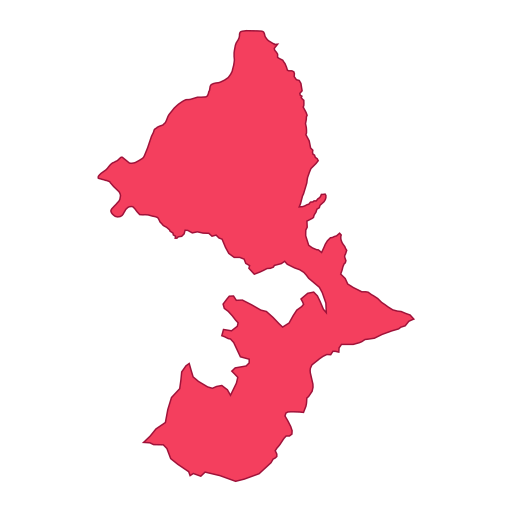 Kanana, Berea, Lesotho
{"feature_id": "5366337B51375862346998", "entity_name": "Kanana", "entity_type": "district", "adm_level": 2, "iso_a3": "LSO", "parent_name": "Lesotho", "parent_adm1": "Berea", "projection": "albers", "projection_center": [27.578, -29.257], "detail": "fine", "context": "isolated", "style": "filled", "palette": "rose", "viewbox_px": 512, "rotation_deg": 0, "n_neighbors": 0, "source": "geoboundaries", "source_scale": "gbopen_adm2", "svg_char_len": 6041}
<svg xmlns="http://www.w3.org/2000/svg" viewBox="0 0 512 512"><path d="M338.8,352.1L339.1,347.8L341.5,344.4L353.2,344.4L359.3,342.7L361.7,341.7L365.0,339.5L368.3,339.1L374.4,338.2L382.1,334.4L391.7,330.9L398.6,328.9L400.8,327.2L405.2,325.8L408.8,321.3L411.8,319.9L413.8,319.1L410.1,315.0L405.6,313.4L401.1,311.5L397.4,311.1L392.8,309.9L388.0,306.9L384.9,304.6L381.6,302.4L377.7,298.5L373.4,295.7L371.4,294.6L368.1,292.2L365.7,291.8L361.8,291.8L353.2,287.5L347.7,284.0L345.2,278.5L340.7,274.1L342.1,270.0L342.9,266.7L344.1,263.9L345.3,262.8L345.9,260.7L344.6,256.9L344.8,255.3L345.5,254.0L346.7,250.3L345.5,248.4L344.8,246.6L342.9,244.0L342.0,242.5L341.1,240.1L340.8,238.5L340.8,236.5L341.2,235.0L339.6,233.2L336.5,235.9L334.4,236.5L332.4,237.5L330.4,237.8L327.4,240.8L325.3,244.2L324.0,247.3L321.6,252.5L318.4,249.9L316.6,249.7L312.4,247.9L308.7,245.3L305.7,235.8L305.7,233.2L305.8,230.0L307.2,227.2L306.9,221.1L312.2,218.4L313.5,217.4L313.9,215.6L314.8,213.9L315.9,212.3L316.9,209.2L319.3,207.7L320.0,205.3L324.0,201.7L325.3,199.6L325.9,197.6L325.9,195.5L325.1,194.1L322.9,194.4L321.4,194.4L320.6,196.3L319.7,197.6L317.9,198.8L316.2,200.9L314.0,200.9L312.9,201.9L310.5,202.1L308.7,204.3L307.2,204.6L304.8,205.9L302.8,206.6L299.2,206.9L300.5,203.7L302.5,196.0L303.5,193.9L305.5,187.3L306.8,182.9L307.2,179.5L307.6,177.4L309.5,172.0L310.9,168.6L316.0,163.5L318.2,160.7L317.2,158.7L315.3,157.4L314.5,155.1L313.0,154.2L312.5,152.3L312.8,150.2L310.6,148.0L309.2,140.9L305.9,134.7L306.5,132.9L306.5,130.1L306.3,127.5L305.5,123.6L306.3,119.4L306.4,116.9L307.1,115.3L306.1,112.5L303.2,107.1L303.8,105.5L303.9,103.8L303.8,100.3L302.4,99.1L301.2,97.6L301.9,96.2L300.2,95.2L299.8,93.4L302.1,90.8L300.9,83.4L299.2,80.5L296.4,79.7L294.2,76.6L294.4,73.6L293.8,71.8L291.8,70.8L288.8,70.8L287.4,70.2L286.5,67.2L285.0,63.6L283.8,62.0L282.7,60.2L279.1,58.4L277.6,57.4L277.6,54.2L276.5,52.4L274.6,50.1L274.3,48.3L277.6,44.2L274.3,44.5L274.1,43.8L273.0,43.5L268.6,40.8L267.3,39.7L265.3,36.9L265.0,36.2L264.3,33.4L263.6,32.1L263.1,31.7L262.2,31.3L261.1,31.1L257.2,30.9L246.3,30.7L242.4,31.2L241.3,31.5L240.6,31.8L240.2,32.3L239.7,33.2L239.5,34.5L239.5,35.6L239.2,37.5L238.2,39.8L237.6,40.7L236.2,43.0L235.4,45.2L234.4,50.5L234.1,52.8L234.1,56.4L234.4,59.9L234.2,61.9L233.7,65.2L232.6,69.4L232.2,71.3L230.7,74.2L229.5,75.9L228.2,77.6L224.6,80.1L220.2,82.2L218.5,82.7L215.9,83.0L213.7,83.5L212.7,83.9L211.5,84.5L210.9,85.0L210.2,86.3L209.5,90.5L208.8,91.7L208.3,93.8L207.5,95.7L207.0,96.2L205.9,96.9L201.5,97.2L197.5,97.2L190.3,99.4L188.5,99.6L187.2,99.6L186.0,99.7L184.4,100.4L182.4,101.5L178.6,104.1L177.0,105.5L174.2,108.1L169.0,114.6L168.0,116.4L166.3,120.7L165.3,122.7L164.1,123.7L163.4,124.6L162.9,124.9L162.4,125.2L159.5,126.2L157.2,127.3L156.7,127.9L154.9,129.0L154.2,129.9L153.4,132.5L151.5,136.3L147.6,147.9L144.5,155.5L143.8,156.9L143.3,157.6L142.3,158.5L138.9,160.6L135.4,162.5L134.1,162.9L131.7,163.3L129.7,163.2L129.1,162.8L122.5,157.4L122.1,157.2L121.4,157.2L120.7,157.5L117.5,160.5L116.5,161.1L115.4,161.5L114.4,162.2L112.6,162.9L111.6,163.6L110.3,164.8L108.7,166.7L107.4,168.4L105.8,170.0L104.2,171.1L101.0,173.4L99.5,174.9L98.9,175.6L98.4,176.3L98.2,177.0L98.2,177.6L98.3,178.2L99.0,178.5L101.1,179.0L102.2,179.4L103.4,179.6L105.7,180.4L106.6,180.5L109.7,181.7L110.4,182.8L113.6,186.5L119.1,191.8L120.0,193.5L120.3,194.5L120.5,195.6L120.3,196.9L119.9,199.2L119.2,200.7L118.3,201.8L117.0,203.2L116.1,204.3L114.4,206.0L111.8,208.8L111.2,209.8L111.0,210.3L110.9,210.9L111.0,211.6L111.5,212.8L112.3,213.9L113.2,214.8L114.7,216.0L115.4,216.4L117.5,216.9L120.0,216.6L120.7,216.3L122.1,215.4L123.2,214.0L124.1,212.3L125.1,210.7L125.7,209.5L127.8,207.5L128.7,207.0L129.5,206.7L131.5,206.5L132.3,206.6L133.3,207.1L134.1,208.0L135.3,209.3L136.2,210.6L137.3,212.0L139.7,214.6L142.7,214.8L145.3,214.7L148.1,214.9L152.4,216.1L155.4,216.7L157.3,217.4L158.0,218.0L158.4,218.6L159.4,220.5L159.8,221.5L160.3,222.3L161.5,223.4L163.0,225.2L163.8,225.8L166.6,227.3L169.5,229.8L170.1,231.2L173.0,233.1L173.3,234.9L175.6,236.3L175.2,238.2L176.9,238.2L178.3,236.8L181.7,236.3L184.1,233.9L185.1,230.2L187.8,230.4L192.3,232.9L197.4,231.8L203.0,233.1L208.8,233.3L212.0,236.2L216.1,235.1L219.0,238.0L222.1,239.2L225.5,247.4L228.8,253.4L234.2,257.4L239.8,257.4L244.1,259.1L245.8,263.4L249.6,265.6L248.9,268.3L254.3,274.2L260.0,272.0L263.4,270.4L267.1,268.5L270.4,268.3L273.4,267.1L274.4,265.4L281.3,263.6L284.7,261.3L287.2,264.2L294.6,267.9L299.7,269.7L303.9,272.4L306.3,275.1L308.7,278.3L319.4,287.3L322.3,292.7L325.9,303.1L326.3,312.7L323.4,309.3L320.1,301.5L317.4,295.9L313.7,292.1L307.7,293.3L301.0,299.0L302.6,301.9L303.6,304.3L301.7,306.6L296.8,310.1L293.2,315.6L289.1,323.0L282.6,327.1L278.9,323.6L273.1,317.5L266.4,311.5L260.8,310.1L251.6,304.8L242.4,300.1L236.3,300.3L233.5,296.0L229.3,296.2L227.1,298.8L223.1,304.1L224.3,308.4L228.2,311.3L232.3,315.8L235.6,320.1L238.1,322.8L237.3,326.3L231.5,330.8L223.5,329.5L221.8,335.7L224.5,336.7L228.3,338.6L230.5,339.0L233.7,342.5L240.4,356.8L249.2,359.2L249.2,362.9L246.1,366.0L235.2,367.9L231.8,371.1L237.8,377.3L236.4,383.2L230.5,395.3L227.4,389.8L221.8,385.5L216.5,386.5L212.4,388.3L207.6,386.9L198.4,381.4L193.1,376.9L191.1,370.3L189.2,363.5L186.0,365.8L181.7,371.9L180.9,380.1L179.7,388.7L171.5,397.5L167.8,409.6L165.4,422.5L156.0,428.9L150.1,436.2L143.6,442.4L149.9,442.8L153.6,444.6L163.3,444.8L166.9,448.5L170.7,458.6L177.8,464.3L188.7,471.7L190.1,475.6L193.3,473.5L200.8,476.2L205.1,472.1L219.9,475.6L235.6,481.3L244.3,479.1L259.1,473.7L271.0,462.7L273.1,459.1L275.2,458.0L276.8,456.5L276.8,454.1L275.2,450.7L277.0,448.0L278.6,446.2L280.0,444.4L283.2,439.5L284.2,438.1L286.2,436.0L289.4,436.0L291.9,434.1L292.1,430.7L290.7,426.5L288.0,421.2L285.0,416.0L285.9,413.1L287.8,412.0L290.5,411.8L294.0,411.8L299.5,412.0L303.5,412.4L305.9,406.3L306.4,403.9L306.6,402.0L306.8,398.1L308.6,396.5L312.1,391.3L313.0,387.3L312.9,384.1L310.3,372.8L310.1,370.5L310.4,368.2L311.9,364.9L319.6,358.7L323.1,356.3L326.8,354.5L330.7,354.7L332.9,351.3L335.2,351.3L338.8,352.1Z" fill="#f43f5e" stroke="#9f1239" stroke-width="1.5"/></svg>